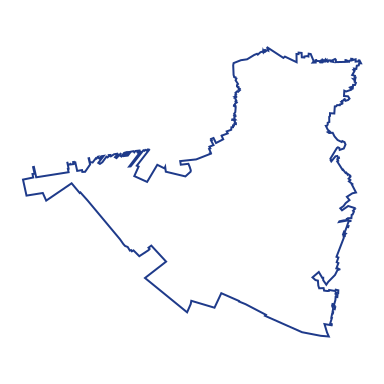 the district of Sector 5, Bucharest, Romania
{"feature_id": "2599482B58123345185343", "entity_name": "Sector 5", "entity_type": "district", "adm_level": 2, "iso_a3": "ROU", "parent_name": "Romania", "parent_adm1": "Bucharest", "projection": "natural_earth1", "projection_center": [26.071, 44.404], "detail": "fine", "context": "isolated", "style": "outline", "palette": "blue", "viewbox_px": 384, "rotation_deg": 0, "n_neighbors": 0, "source": "geoboundaries", "source_scale": "gbopen_adm2", "svg_char_len": 5938}
<svg xmlns="http://www.w3.org/2000/svg" viewBox="0 0 384 384"><path d="M23.0,179.6L26.5,195.6L42.8,193.0L46.2,200.6L71.6,183.3L79.7,193.0L80.4,192.4L87.7,200.6L120.1,239.4L123.3,244.0L125.0,245.9L127.7,247.0L129.9,250.6L131.1,250.1L131.9,251.3L133.5,250.4L139.3,256.2L148.5,250.2L149.6,249.0L148.5,247.7L151.3,245.6L166.1,261.6L145.0,278.0L187.1,312.3L190.7,304.1L191.3,300.8L214.5,307.7L221.3,293.2L239.1,301.0L239.0,301.5L245.6,304.2L265.9,314.8L265.0,315.8L302.0,332.2L320.7,335.8L328.8,336.5L327.0,332.4L324.5,324.1L332.5,325.4L331.3,324.7L331.5,324.0L330.1,323.8L331.9,318.0L331.3,317.9L332.2,313.4L332.9,313.5L333.2,312.0L332.6,311.5L333.1,309.0L334.7,309.3L335.2,307.2L334.4,307.1L334.6,306.0L333.1,305.8L332.5,306.8L332.1,305.8L332.5,304.0L334.2,304.3L335.4,300.0L335.6,296.9L337.3,297.1L337.5,295.0L336.1,294.8L336.3,293.7L335.5,293.6L335.8,292.5L338.2,293.0L338.3,290.3L335.7,289.7L335.3,291.0L329.1,290.0L328.9,290.9L327.3,291.0L324.1,290.6L323.6,288.1L319.2,288.3L318.3,285.6L317.9,280.6L315.5,280.1L312.5,277.4L318.8,272.0L322.3,277.9L323.2,277.8L323.2,280.2L326.3,284.7L328.2,281.9L335.0,275.0L337.4,270.2L340.3,269.1L338.6,269.3L338.1,268.5L336.4,268.3L338.4,263.1L336.7,262.2L338.4,257.5L336.5,256.8L343.8,237.8L343.5,236.0L344.8,236.1L345.0,234.2L345.8,233.6L344.2,232.7L343.6,234.4L343.1,234.3L344.1,231.5L344.9,231.8L346.8,226.7L349.0,227.4L348.1,226.8L348.3,226.2L346.9,226.4L348.7,221.2L351.4,221.0L347.9,220.4L339.0,222.0L339.4,221.3L342.7,220.6L342.6,219.9L343.1,220.6L347.1,219.9L346.9,218.9L348.0,218.8L348.1,218.2L351.4,218.2L351.7,214.8L352.7,214.4L353.9,211.7L353.0,210.8L354.7,209.1L354.3,209.0L354.6,208.0L348.2,206.0L342.0,210.3L340.3,208.3L343.5,206.1L345.7,203.1L349.5,200.1L346.9,196.8L352.4,193.3L356.0,192.5L351.8,184.4L352.3,184.0L348.9,181.3L350.3,180.0L348.6,178.7L350.3,176.9L349.8,176.6L350.2,175.6L348.0,174.1L347.6,174.6L346.3,172.6L345.6,173.0L342.9,169.5L342.5,169.8L337.2,161.4L338.2,160.8L337.3,159.2L339.0,158.1L338.9,157.6L338.1,157.9L337.3,156.0L335.5,156.3L331.3,161.4L330.8,160.5L331.2,160.3L330.4,158.7L336.9,148.0L337.9,147.3L339.3,148.0L339.7,149.9L343.8,148.5L345.5,144.5L344.5,142.1L342.3,141.1L341.7,142.0L337.6,140.0L334.5,136.4L332.7,132.8L329.1,133.0L327.8,132.1L329.6,131.3L327.8,129.8L325.9,125.9L326.9,125.8L327.7,124.6L327.7,122.8L329.3,122.0L329.2,116.8L330.0,116.0L330.0,113.2L334.3,113.5L334.8,106.4L336.2,106.3L337.1,105.1L339.8,105.2L339.9,104.5L341.8,103.9L342.3,103.6L341.3,102.0L342.3,101.9L342.1,100.9L344.3,100.2L344.0,99.5L344.7,99.1L345.6,100.8L348.1,100.0L349.5,98.6L348.0,96.3L344.0,96.0L344.3,90.7L346.1,91.5L351.3,89.7L351.6,89.4L349.9,87.5L351.4,86.9L352.8,87.9L353.1,84.9L355.0,85.0L355.9,82.8L354.6,81.8L355.0,80.9L353.5,79.2L355.1,79.5L355.6,77.5L354.6,77.3L354.9,75.8L352.2,75.0L354.5,71.0L353.5,69.9L354.6,69.6L354.2,68.6L356.3,68.9L356.8,65.7L358.7,65.4L359.2,63.3L361.0,63.3L359.5,60.4L358.8,60.4L358.7,61.3L355.6,61.6L355.6,59.3L352.3,60.2L352.4,58.9L351.2,58.8L351.2,60.5L349.4,60.7L349.0,61.7L347.6,60.9L347.5,61.8L346.3,61.8L346.1,60.2L345.5,60.1L345.4,61.9L335.9,62.1L335.8,59.7L335.1,59.0L332.2,60.4L333.2,61.9L330.6,61.4L330.5,60.4L328.9,60.3L327.8,61.8L326.9,61.3L326.8,59.8L325.7,60.4L325.4,59.5L324.7,60.3L325.8,61.2L325.4,61.5L322.3,59.5L322.1,59.8L324.6,61.5L322.6,62.0L320.8,60.6L320.2,61.0L321.3,62.4L320.2,62.4L319.3,61.1L316.3,60.9L316.2,60.1L315.6,60.2L315.7,62.5L312.7,62.6L313.7,61.2L310.7,54.0L308.7,53.7L308.4,56.5L307.1,56.1L304.4,56.5L304.3,57.5L301.8,57.3L301.6,52.9L298.6,52.6L298.5,54.1L296.5,54.0L296.6,62.2L284.9,56.6L283.4,57.9L267.5,47.5L267.2,47.9L268.9,49.2L268.2,49.7L268.3,50.7L267.1,50.1L265.7,51.3L265.1,50.0L264.2,50.1L263.6,50.3L264.5,52.0L263.9,52.3L263.2,50.7L263.0,52.2L262.5,51.6L260.5,52.2L257.8,54.6L257.0,53.8L254.3,54.9L247.1,59.3L240.9,60.2L233.6,63.1L233.2,65.3L233.6,74.9L234.2,77.1L235.4,77.3L235.3,78.5L235.5,78.0L236.4,78.5L235.6,80.3L238.0,84.0L237.0,85.1L237.0,86.2L238.3,86.9L237.9,87.4L239.6,88.7L238.9,89.3L239.9,90.1L238.1,91.8L237.3,91.2L235.5,92.8L236.1,94.1L235.4,94.5L235.4,95.4L236.0,96.1L235.0,96.6L235.7,96.8L234.9,97.7L235.5,97.8L235.1,98.2L236.4,100.8L235.6,101.3L236.7,102.5L235.2,103.4L234.7,104.6L235.0,105.0L234.0,105.2L233.9,105.9L235.7,106.9L235.3,112.1L234.1,113.9L235.2,115.1L234.3,115.6L235.2,116.5L234.3,117.0L234.4,118.7L235.1,119.4L232.3,119.4L232.2,119.9L234.3,119.9L234.3,120.6L234.9,120.7L234.9,123.1L235.9,123.2L235.9,124.1L234.3,123.9L234.0,125.6L233.0,125.5L233.0,127.2L231.4,127.3L231.2,129.8L226.7,131.4L227.7,133.4L221.8,135.6L221.2,134.9L223.2,139.3L216.0,143.0L213.5,138.0L211.1,138.9L211.7,140.2L211.0,140.4L213.5,145.1L209.4,146.7L210.3,148.4L209.1,148.9L210.9,153.0L210.1,153.3L210.5,153.8L196.2,159.4L180.2,161.1L180.8,164.7L188.4,163.8L189.6,166.6L190.8,170.4L190.6,171.7L185.4,176.4L165.8,171.7L165.2,166.9L164.5,168.4L157.3,164.8L147.1,181.9L134.3,176.1L138.6,166.6L136.8,165.7L149.7,149.1L149.0,149.7L147.8,149.4L148.1,149.0L146.5,150.5L145.3,149.9L145.8,149.3L144.3,150.8L143.4,150.3L130.6,166.4L129.2,166.5L140.4,151.8L139.7,151.4L140.6,150.4L138.1,152.9L137.6,152.5L138.3,151.5L137.7,151.0L138.0,150.7L135.4,151.0L134.3,152.3L133.4,151.2L130.8,151.7L127.8,155.6L125.1,155.9L128.1,152.1L127.1,152.2L126.6,153.0L126.0,152.6L122.4,156.7L125.1,152.6L124.1,152.9L121.4,156.5L119.7,155.4L121.1,153.1L116.5,158.1L115.0,157.2L118.4,153.6L116.6,154.8L116.8,153.8L114.0,154.3L110.8,156.4L109.9,155.7L110.1,155.0L108.7,155.1L108.7,156.4L107.5,157.4L106.4,156.7L102.4,162.2L99.9,163.9L98.3,162.9L103.7,155.9L101.2,156.3L99.5,158.6L97.8,157.5L98.2,156.7L97.8,156.8L96.5,158.6L95.9,158.2L92.6,162.5L89.9,162.1L89.1,158.2L88.6,158.3L90.1,164.5L85.1,171.8L82.3,171.9L82.0,170.1L77.2,170.9L75.3,162.4L74.4,162.6L74.7,163.8L74.0,161.9L73.1,162.1L73.5,164.1L70.3,164.5L70.2,164.0L68.1,165.0L67.2,161.8L68.6,168.7L67.9,168.8L68.6,172.2L36.2,177.3L33.9,166.9L33.1,167.1L34.6,173.7L32.5,174.0L33.2,177.5L23.0,179.6Z" fill="none" stroke="#1e3a8a" stroke-width="2"/></svg>